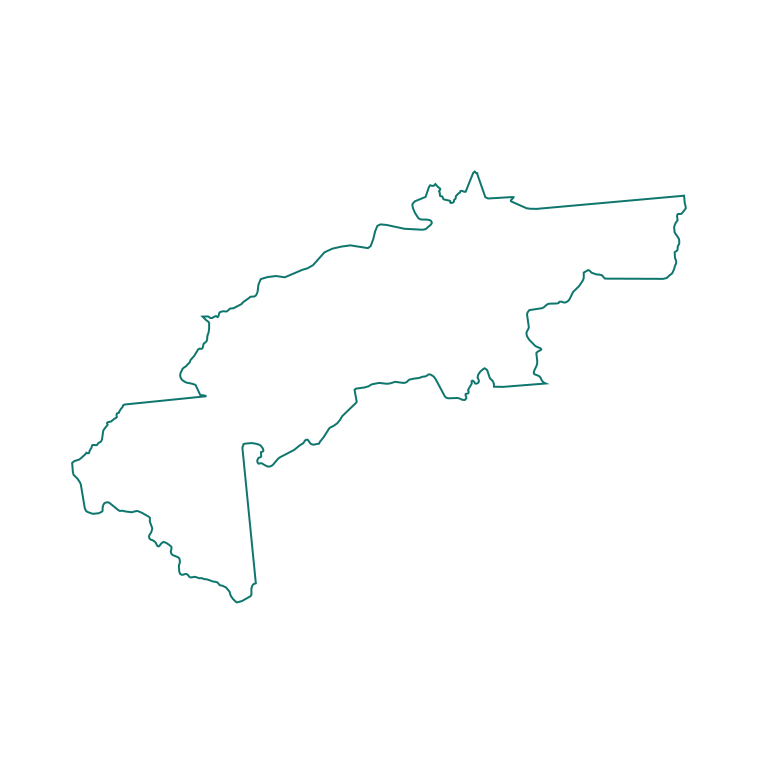 map outline of Central (orthographic projection), rotated 174°
{"feature_id": "ZMB-516", "entity_name": "Central", "entity_type": "Province", "adm_level": 1, "iso_a3": "ZMB", "parent_name": "Zambia", "parent_adm1": "", "projection": "orthographic", "projection_center": [28.771, -13.872], "detail": "fine", "context": "isolated", "style": "outline", "palette": "teal", "viewbox_px": 768, "rotation_deg": 174, "n_neighbors": 0, "source": "natural_earth", "source_scale": "10m", "svg_char_len": 6120}
<svg xmlns="http://www.w3.org/2000/svg" viewBox="0 0 768 768"><g transform="rotate(174 384 384)"><path d="M528.3,339.2L529.9,338.9L531.5,335.5L532.3,199.2L534.7,198.6L535.5,197.9L536.4,196.5L537.3,194.3L537.8,188.8L538.3,187.7L539.0,186.9L547.9,183.0L552.6,182.2L553.2,182.2L553.9,182.7L556.6,185.9L558.6,189.4L559.3,193.6L562.3,198.1L565.6,200.2L568.4,201.1L570.4,204.1L572.8,205.0L574.6,205.4L580.4,208.2L583.0,208.7L585.6,210.0L588.0,210.1L591.4,211.7L593.1,212.1L594.9,211.8L596.8,211.9L597.9,212.8L599.0,214.7L600.5,215.7L601.3,215.8L604.2,215.3L605.3,215.5L606.5,216.4L607.2,218.4L607.1,224.0L606.8,225.3L605.6,228.0L605.6,231.1L605.9,232.1L607.0,233.3L612.1,236.0L613.2,237.4L613.6,239.6L612.5,242.6L612.5,244.4L614.5,246.5L617.4,248.9L619.9,250.0L622.2,248.7L624.4,246.3L625.4,246.1L626.4,246.8L627.7,250.1L628.5,251.2L630.4,252.8L632.4,253.7L633.3,254.7L633.6,255.7L633.6,257.2L633.1,258.3L631.0,260.8L629.5,264.6L631.3,271.8L630.8,275.1L631.1,275.8L631.8,276.6L638.2,281.2L642.2,283.4L644.1,283.5L648.2,282.8L654.6,284.3L657.4,285.3L660.1,285.4L661.5,286.4L669.2,294.2L670.6,295.2L673.2,295.2L674.7,294.5L675.7,293.2L676.7,290.7L677.2,287.2L677.9,286.5L681.0,285.3L686.3,285.3L687.6,285.5L691.8,287.5L693.2,288.5L693.6,289.0L694.2,290.5L694.6,292.1L696.0,315.7L696.6,317.8L698.6,321.7L702.2,326.1L702.6,329.1L702.4,338.1L700.1,339.7L695.1,340.7L692.8,342.1L688.5,345.3L687.1,346.7L686.4,346.2L685.4,346.0L684.5,346.3L683.7,348.5L681.7,351.0L680.6,353.6L679.3,353.8L676.6,353.2L675.6,353.5L674.3,355.1L671.5,356.3L670.2,358.4L668.3,366.2L667.6,367.7L663.1,372.4L663.6,374.1L662.5,374.9L659.5,375.2L655.5,377.8L654.1,378.2L653.2,379.0L653.3,380.7L652.8,382.5L650.5,383.3L650.5,383.7L648.7,386.2L646.3,388.6L645.8,389.9L644.7,390.5L643.8,390.7L562.7,390.4L562.6,390.7L563.6,391.3L567.4,392.1L568.0,392.5L571.3,402.2L571.7,402.9L575.0,404.4L579.9,405.9L581.5,406.7L584.3,409.0L585.6,411.5L585.8,413.3L585.6,414.9L585.1,416.3L582.8,420.1L581.6,421.0L578.8,422.5L576.5,424.7L575.1,425.6L573.8,428.2L570.0,431.6L565.1,437.9L563.9,438.4L562.0,438.1L560.9,438.4L560.1,440.1L559.4,442.4L558.9,443.1L556.9,444.3L555.8,445.4L555.1,447.3L554.8,449.6L554.1,451.5L553.0,453.7L552.1,457.7L551.5,463.1L552.1,464.2L554.3,466.2L557.4,470.0L552.1,469.6L551.1,469.1L550.1,468.0L549.1,467.6L547.7,467.7L546.0,468.6L544.0,469.1L542.6,468.0L542.1,468.1L541.5,469.0L540.5,471.6L539.9,472.4L539.2,472.7L536.7,473.2L533.2,472.6L532.5,472.7L529.2,475.1L525.8,475.1L517.5,478.3L515.4,480.2L509.3,483.6L507.8,484.7L503.8,484.6L502.2,485.4L500.7,487.6L500.1,488.9L498.5,495.9L495.6,501.2L488.8,502.5L480.2,502.7L471.5,500.5L453.2,506.1L447.9,507.1L442.2,509.6L429.4,521.2L421.1,524.0L412.0,525.1L402.9,525.4L385.8,520.8L382.8,522.6L379.5,529.3L376.8,536.9L374.0,542.0L370.8,543.1L364.8,541.9L347.3,536.2L329.5,533.4L326.9,533.6L325.9,534.0L320.7,537.6L319.8,538.8L319.6,539.9L320.3,541.4L321.7,542.3L324.1,543.0L329.7,543.7L331.3,544.3L332.6,545.6L335.3,550.9L336.8,555.8L337.1,559.2L336.9,559.8L335.9,561.1L334.1,562.5L323.1,565.7L318.7,575.2L317.3,576.8L315.4,576.0L313.6,576.0L312.0,577.5L310.2,574.9L307.7,572.3L307.8,571.4L309.2,570.0L308.6,568.8L308.6,565.4L308.3,565.0L306.6,564.4L306.2,564.0L305.9,562.2L305.1,561.3L299.2,559.3L299.0,558.8L299.2,557.8L299.0,557.3L298.3,557.0L296.8,557.1L295.5,557.9L295.0,559.8L293.7,560.6L293.4,561.0L293.0,562.8L292.5,563.7L290.0,565.8L288.5,566.4L287.8,567.9L286.8,568.1L285.2,567.3L283.2,566.6L282.7,566.7L273.2,584.7L271.5,585.8L270.4,584.2L269.2,583.9L269.2,582.6L263.7,559.2L261.0,557.6L236.7,556.5L235.7,556.2L236.2,555.5L238.6,553.4L238.7,552.7L237.6,551.8L223.7,543.8L219.6,542.9L213.6,542.2L65.9,539.9L66.0,532.5L65.4,528.6L65.7,526.9L70.1,522.4L71.2,522.1L73.8,522.3L74.6,521.7L75.0,520.4L74.9,516.2L76.8,514.1L78.2,511.8L79.1,509.6L79.1,504.3L75.8,498.2L75.4,496.3L75.5,494.2L75.9,492.4L77.4,490.3L78.1,486.7L78.8,485.9L81.0,484.8L81.2,484.2L81.4,478.9L80.8,476.8L80.6,475.1L80.9,473.4L82.1,471.4L83.7,467.5L85.4,464.6L86.5,463.4L88.0,462.7L91.9,459.8L95.5,459.4L153.2,465.7L154.2,466.9L155.8,469.3L158.5,470.3L161.1,470.7L165.8,472.9L168.0,475.5L169.1,475.9L173.7,473.9L174.3,468.4L175.5,466.1L179.7,461.0L186.3,455.8L190.5,449.1L191.5,448.0L192.8,447.0L194.4,446.3L196.2,446.1L199.2,447.4L200.5,447.5L201.1,447.3L201.9,446.3L203.0,446.0L211.6,446.6L213.6,446.0L217.2,443.5L218.8,442.9L231.6,442.3L233.3,440.7L233.8,440.1L234.5,438.4L234.0,425.3L234.6,423.9L236.8,420.6L237.1,418.7L236.7,416.3L235.0,412.9L229.8,406.3L228.6,405.3L224.6,403.1L224.0,402.2L224.5,401.4L227.6,400.2L229.1,399.1L229.3,398.1L229.2,391.3L229.5,388.4L230.4,386.1L232.5,382.8L233.6,380.7L233.9,378.9L233.4,378.0L230.2,376.4L228.8,375.5L227.6,373.8L226.7,371.1L226.2,370.2L224.8,368.6L223.1,367.6L265.9,368.7L274.9,369.8L274.7,372.8L275.5,375.5L278.1,378.7L279.9,386.8L280.8,387.9L282.3,389.1L284.1,388.3L287.0,386.2L289.3,383.5L290.3,380.8L289.5,378.5L289.3,376.9L289.9,375.6L290.8,375.0L292.2,374.7L293.4,375.0L294.1,376.8L295.3,378.0L296.0,378.1L296.6,377.6L296.7,375.2L300.0,370.8L300.9,369.2L301.0,368.5L300.6,367.3L300.9,366.3L301.6,365.8L303.8,365.6L304.1,364.1L303.6,362.7L303.6,361.3L305.2,359.7L307.6,360.0L310.0,361.5L312.3,362.4L321.1,363.0L323.1,363.6L324.7,365.1L331.8,382.6L332.8,384.6L334.1,386.5L336.3,388.2L337.4,388.8L338.9,388.8L340.7,387.7L342.3,387.2L345.1,387.2L348.5,386.3L354.3,386.2L358.0,385.7L359.0,385.4L361.1,383.6L363.2,383.0L364.9,383.1L372.7,385.0L377.6,384.0L381.0,383.9L388.8,385.6L395.6,385.0L396.8,384.7L399.7,383.3L403.8,382.6L412.2,382.3L413.3,381.8L413.9,381.2L413.0,369.3L413.5,368.4L428.9,356.4L431.5,352.9L434.5,349.9L438.1,347.8L442.3,346.2L443.1,345.6L449.8,337.2L453.9,333.1L454.8,331.5L460.7,331.0L463.1,332.1L465.6,336.4L467.2,336.7L468.4,336.1L470.4,333.6L474.2,331.8L480.3,327.8L495.1,322.0L497.2,320.7L503.3,314.9L505.8,313.9L508.2,314.0L510.1,315.1L513.9,317.9L515.2,318.1L516.9,317.8L517.9,319.0L518.1,320.1L518.0,321.2L517.0,323.1L516.3,323.7L514.4,324.1L513.7,324.9L513.5,329.0L511.8,329.5L511.0,330.1L511.0,331.6L511.4,332.8L512.7,335.1L513.6,336.1L515.2,337.0L517.4,337.9L521.6,339.1L528.3,339.2Z" fill="none" stroke="#0f766e" stroke-width="2"/></g></svg>